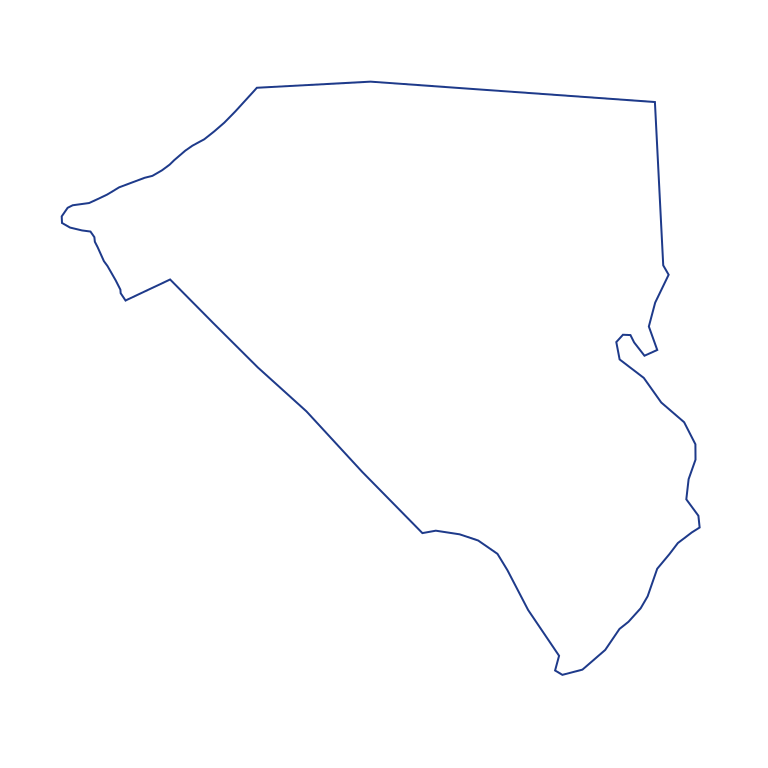 the district of Fond Bernier, Soufrière, Saint Lucia, rotated 84°
{"feature_id": "8701671B2449694797689", "entity_name": "Fond Bernier", "entity_type": "district", "adm_level": 2, "iso_a3": "LCA", "parent_name": "Saint Lucia", "parent_adm1": "Soufrière", "projection": "equal_earth", "projection_center": [-61.059, 13.858], "detail": "fine", "context": "isolated", "style": "outline", "palette": "blue", "viewbox_px": 768, "rotation_deg": 84, "n_neighbors": 0, "source": "geoboundaries", "source_scale": "gbopen_adm2", "svg_char_len": 1169}
<svg xmlns="http://www.w3.org/2000/svg" viewBox="0 0 768 768"><g transform="rotate(84 384 384)"><path d="M76.1,479.5L78.4,482.0L97.4,503.4L107.4,515.5L115.0,526.4L121.9,537.3L123.6,541.5L127.0,549.7L131.2,557.3L139.5,569.3L143.4,574.2L148.3,582.5L150.5,587.4L152.8,592.6L153.9,600.5L157.0,612.5L160.7,626.8L166.7,639.6L170.3,649.8L173.2,658.4L173.7,674.9L175.7,680.2L183.6,687.0L190.2,687.4L195.6,679.9L199.7,668.3L201.7,660.0L207.7,656.7L212.3,656.7L218.0,654.5L232.6,649.7L237.7,646.7L252.9,640.0L262.6,636.3L266.2,636.4L274.0,632.3L273.3,630.5L257.7,585.8L305.5,547.5L354.3,507.8L403.1,464.0L469.2,414.8L536.3,361.4L535.3,347.8L541.4,324.5L549.5,306.7L564.8,288.9L582.1,280.7L623.8,264.3L672.6,238.3L686.8,243.8L691.9,237.0L688.8,216.5L671.6,191.8L652.2,175.4L646.1,165.8L633.9,152.2L622.7,144.0L596.3,131.6L583.1,118.0L572.9,108.4L563.8,93.4L559.7,85.1L547.9,85.1L530.3,95.4L510.5,91.0L491.8,82.1L476.5,80.6L453.4,89.5L431.4,110.2L405.1,125.0L384.2,147.1L366.6,148.6L360.0,141.2L361.1,133.8L368.8,130.9L383.1,122.0L378.7,108.7L354.5,114.6L331.4,105.8L305.1,89.5L295.2,93.9L131.9,85.1L81.9,365.8L76.1,479.5Z" fill="none" stroke="#1e3a8a" stroke-width="2"/></g></svg>